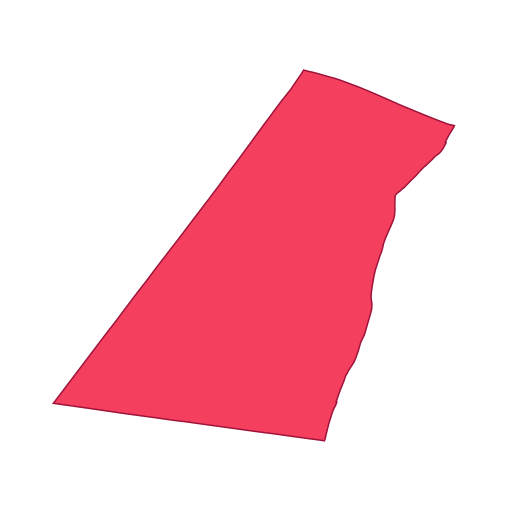 the district of Pathum Wan, Bangkok Metropolis, Thailand, rotated 104°
{"feature_id": "78962969B24986508007859", "entity_name": "Pathum Wan", "entity_type": "district", "adm_level": 2, "iso_a3": "THA", "parent_name": "Thailand", "parent_adm1": "Bangkok Metropolis", "projection": "orthographic", "projection_center": [100.531, 13.738], "detail": "fine", "context": "isolated", "style": "filled", "palette": "rose", "viewbox_px": 512, "rotation_deg": 104, "n_neighbors": 0, "source": "geoboundaries", "source_scale": "gbopen_adm2", "svg_char_len": 3032}
<svg xmlns="http://www.w3.org/2000/svg" viewBox="0 0 512 512"><g transform="rotate(104 256 256)"><path d="M363.8,381.0L427.7,408.3L448.0,417.0L444.2,380.9L440.6,344.7L437.0,312.1L435.4,296.4L433.9,284.5L433.3,278.8L431.0,257.4L428.6,235.1L426.3,213.5L425.2,203.8L424.6,199.3L422.9,183.4L422.0,174.7L420.1,157.3L419.3,150.5L418.9,146.2L418.8,144.9L417.2,144.7L412.8,144.8L407.1,144.8L402.3,144.8L401.2,144.8L400.4,144.8L400.2,144.8L393.3,144.3L392.6,144.3L391.8,144.3L387.6,143.9L385.0,143.5L382.0,142.7L378.2,142.2L378.1,142.8L378.1,143.0L377.6,142.9L377.0,142.9L376.2,142.8L372.8,142.5L368.1,142.1L367.3,142.0L364.8,141.7L356.4,140.5L355.6,140.4L355.1,140.4L350.7,140.0L350.1,139.9L349.4,139.7L348.0,139.2L347.6,139.1L347.4,139.1L347.2,139.0L346.0,138.9L345.6,138.8L341.9,137.5L335.0,135.2L334.6,135.1L334.0,135.0L333.7,135.0L332.7,134.8L330.5,134.5L325.2,134.0L324.3,133.8L316.5,133.6L314.8,133.5L314.3,133.4L313.6,133.3L313.3,133.3L307.4,132.0L305.5,131.7L304.7,131.7L303.6,131.6L290.7,131.2L289.4,131.1L282.7,130.9L279.9,130.9L278.6,131.1L276.1,131.6L274.8,131.8L274.5,131.9L274.3,132.0L273.8,132.2L269.8,133.8L269.4,134.0L268.9,134.2L266.1,134.8L263.2,135.3L256.7,136.0L252.1,136.3L247.3,136.7L240.6,136.8L225.8,135.8L224.5,135.6L221.8,135.2L218.1,135.1L212.5,135.2L208.5,134.8L199.0,133.3L193.6,132.3L189.0,131.6L188.5,131.5L187.9,131.4L185.7,131.4L184.0,131.4L183.3,131.4L182.3,131.5L181.5,131.7L181.4,131.7L181.1,131.7L180.9,131.8L180.7,131.8L177.5,132.4L175.0,133.1L172.1,133.8L168.5,134.6L165.4,135.3L165.0,135.4L164.2,135.4L163.8,135.4L163.1,135.3L162.8,135.2L162.2,135.0L161.7,134.7L161.4,134.5L160.9,134.2L159.5,133.1L158.4,132.2L157.9,131.8L155.1,130.0L154.4,129.3L154.0,129.0L148.5,125.8L145.4,124.0L140.1,120.7L139.8,120.6L139.5,120.4L139.4,120.3L139.2,120.2L136.0,118.5L135.9,118.5L135.5,118.3L131.5,116.0L129.2,114.7L128.9,114.5L127.5,113.3L119.7,108.4L118.5,107.7L116.9,106.8L116.8,106.7L116.1,106.3L114.7,105.4L114.3,105.1L113.5,104.1L113.0,103.8L112.3,103.3L112.1,103.2L111.9,103.0L110.3,102.1L109.6,101.7L108.1,101.1L107.7,100.9L106.1,100.4L104.6,100.0L103.3,99.7L100.0,98.9L99.6,99.9L99.0,99.7L92.8,98.3L83.3,95.3L82.6,95.2L81.5,95.0L81.5,98.4L81.6,99.4L81.6,101.0L81.5,102.5L80.8,108.7L79.8,116.7L79.4,119.4L78.2,128.4L78.0,129.6L76.8,137.7L76.1,142.4L75.4,147.0L74.1,155.5L72.4,164.8L70.7,174.8L69.4,182.7L67.5,195.3L67.3,196.5L66.1,207.0L64.9,217.6L64.7,220.3L64.3,233.1L64.0,242.6L64.0,246.4L64.1,247.9L64.1,254.8L66.2,255.4L67.6,255.8L70.3,256.8L75.0,258.6L77.9,259.7L79.3,260.2L85.5,262.5L88.7,263.9L91.5,265.2L96.7,267.5L97.9,268.1L98.4,268.4L99.7,268.9L103.0,270.3L104.0,270.7L111.5,273.9L116.6,275.9L122.4,278.4L125.2,279.6L142.5,286.6L166.1,296.2L183.3,303.6L196.4,308.9L198.6,309.8L205.0,312.6L206.1,313.0L208.6,314.1L210.7,314.9L211.6,315.3L218.2,318.3L224.6,320.9L234.2,325.1L251.8,332.6L257.4,335.0L272.1,341.5L280.2,345.0L281.1,345.4L291.9,350.1L307.1,356.5L321.0,362.7L347.3,373.8L353.0,376.2L361.0,379.7L361.5,380.0L363.8,381.0Z" fill="#f43f5e" stroke="#9f1239" stroke-width="1.5"/></g></svg>